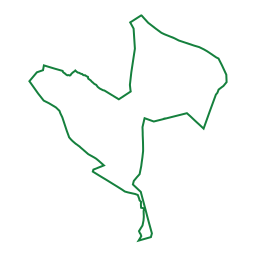 Santiago Matatlán, Oaxaca, Mexico (Mercator projection)
{"feature_id": "50627088B54513181179027", "entity_name": "Santiago Matatlán", "entity_type": "district", "adm_level": 2, "iso_a3": "MEX", "parent_name": "Mexico", "parent_adm1": "Oaxaca", "projection": "mercator", "projection_center": [-96.433, 16.804], "detail": "fine", "context": "isolated", "style": "outline", "palette": "green", "viewbox_px": 256, "rotation_deg": 0, "n_neighbors": 0, "source": "geoboundaries", "source_scale": "gbopen_adm2", "svg_char_len": 2132}
<svg xmlns="http://www.w3.org/2000/svg" viewBox="0 0 256 256"><path d="M151.9,233.4L149.1,223.3L147.0,215.4L145.6,210.0L144.6,206.3L143.5,202.1L141.3,193.9L140.8,191.9L132.9,184.5L133.7,181.3L133.9,180.8L135.0,179.5L136.9,177.2L139.6,174.2L141.2,166.3L141.8,161.7L142.4,157.5L143.1,151.1L143.1,148.1L143.0,142.3L142.7,134.9L142.7,132.8L142.6,130.0L142.5,127.1L144.4,118.9L144.6,118.2L153.8,121.5L163.8,119.0L163.8,118.8L164.1,118.7L164.3,118.7L164.7,118.5L164.9,118.5L165.5,118.4L165.9,118.2L165.8,118.3L165.8,118.5L186.9,113.2L190.6,116.5L194.4,120.1L197.2,122.7L199.3,124.6L203.6,128.6L209.6,111.8L215.9,94.6L217.4,92.8L218.4,90.2L218.6,89.6L222.0,87.0L223.4,86.0L226.6,82.1L226.3,74.7L224.0,69.7L222.0,65.4L218.5,58.5L216.4,57.5L207.2,51.3L203.9,49.4L199.2,47.1L194.1,45.6L178.8,40.5L174.3,38.2L164.3,34.2L161.4,32.8L155.7,28.6L148.2,22.8L144.0,18.2L141.7,15.6L141.2,15.4L130.2,22.4L133.6,28.6L134.9,48.7L131.3,72.4L129.9,84.9L130.4,89.5L130.7,91.5L118.8,99.3L104.4,90.5L103.0,90.2L99.7,88.5L98.3,87.4L97.6,86.8L97.0,85.9L96.5,85.3L96.3,84.9L94.7,84.1L93.6,83.3L93.0,82.6L91.8,81.7L90.8,80.5L88.2,78.6L88.1,77.9L87.9,76.8L87.2,76.6L86.3,76.1L85.5,75.5L85.0,75.2L84.4,75.3L83.3,75.1L82.1,74.0L81.3,73.9L80.1,73.4L79.4,72.9L77.7,72.5L76.6,71.7L75.3,70.5L74.7,71.2L74.2,71.5L73.7,71.8L72.6,72.7L71.4,73.8L70.4,75.3L69.5,75.5L69.0,75.2L68.4,75.1L67.3,75.3L65.6,74.2L65.0,73.5L64.6,73.3L63.4,72.4L63.0,72.0L62.6,70.9L54.5,68.6L43.9,65.4L43.0,70.2L36.9,72.3L29.4,81.2L38.1,93.5L43.7,100.6L48.9,103.2L55.9,107.4L59.5,110.9L60.4,113.4L62.3,117.3L66.8,130.9L67.9,133.9L68.6,135.8L69.1,137.3L71.0,139.5L72.6,141.1L75.5,143.6L79.8,146.7L80.0,147.0L88.3,154.2L94.4,157.6L96.3,158.8L98.6,160.7L103.9,165.4L93.4,169.6L92.8,171.6L98.0,174.8L102.1,177.3L106.1,179.7L108.7,181.3L121.9,189.5L124.8,191.5L127.6,192.3L129.3,192.7L132.4,193.4L135.2,194.0L137.8,195.0L139.1,198.5L139.6,200.4L141.0,201.7L140.9,204.8L141.1,207.7L144.1,208.4L143.6,211.1L143.8,216.9L143.5,220.6L142.5,225.5L140.9,228.0L139.0,231.1L139.9,233.2L140.5,233.9L141.3,236.1L140.5,237.5L138.6,240.6L150.9,237.1L151.9,233.4Z" fill="none" stroke="#15803d" stroke-width="2"/></svg>